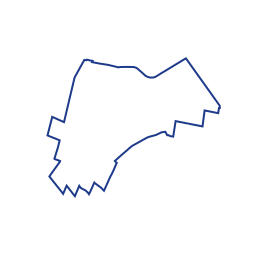 outline of Salcia, Teleorman, Romania, rotated 209°
{"feature_id": "2599482B37007656792244", "entity_name": "Salcia", "entity_type": "district", "adm_level": 2, "iso_a3": "ROU", "parent_name": "Romania", "parent_adm1": "Teleorman", "projection": "natural_earth1", "projection_center": [24.918, 43.953], "detail": "fine", "context": "isolated", "style": "outline", "palette": "blue", "viewbox_px": 256, "rotation_deg": 209, "n_neighbors": 0, "source": "geoboundaries", "source_scale": "gbopen_adm2", "svg_char_len": 1435}
<svg xmlns="http://www.w3.org/2000/svg" viewBox="0 0 256 256"><g transform="rotate(209 128 128)"><path d="M199.7,101.0L199.4,100.1L199.2,99.2L194.8,82.5L193.0,82.7L181.8,84.1L179.9,77.1L177.7,66.7L177.5,65.5L177.3,65.5L176.9,65.3L171.8,66.2L171.9,65.6L171.2,65.4L172.9,51.4L173.3,47.5L152.8,39.0L153.5,45.6L153.7,47.8L141.4,42.6L142.6,53.8L141.4,53.2L140.2,52.7L138.8,52.7L136.9,52.7L135.0,52.8L134.8,52.8L132.8,52.3L131.2,51.8L130.1,51.2L130.1,53.5L131.0,63.9L130.6,63.8L128.6,63.5L124.9,63.0L122.3,62.7L119.4,61.7L118.6,61.5L119.3,70.0L119.9,77.0L119.9,78.7L119.9,80.1L120.2,84.7L120.9,91.1L120.9,92.0L121.4,92.1L121.9,92.2L123.5,92.8L120.5,101.5L117.6,109.3L117.1,110.8L115.7,114.4L107.2,128.0L107.0,128.4L105.3,130.5L100.2,135.4L96.8,140.1L96.8,140.3L93.5,142.8L90.2,140.7L89.1,141.4L88.8,141.3L87.0,141.4L84.3,142.4L89.7,157.1L63.6,165.5L69.5,180.5L60.7,183.3L56.3,184.7L58.1,189.5L57.4,189.9L57.7,190.6L58.7,192.0L111.1,217.0L112.6,214.5L115.1,210.1L120.4,200.8L124.0,194.5L124.5,193.7L128.6,186.4L129.4,185.3L131.1,183.9L133.1,182.9L135.1,182.3L137.9,182.1L142.4,183.2L148.9,184.6L150.5,184.6L152.3,184.2L157.3,181.6L160.7,179.7L164.5,177.5L165.9,176.3L167.3,176.0L176.2,173.5L184.3,170.5L190.8,168.4L191.1,168.2L191.5,168.2L191.6,168.9L191.6,169.5L193.5,168.8L195.1,168.4L197.0,167.9L197.2,167.1L199.2,166.4L199.2,146.3L193.5,125.9L186.8,102.1L194.9,101.4L199.7,101.0Z" fill="none" stroke="#1e3a8a" stroke-width="2"/></g></svg>